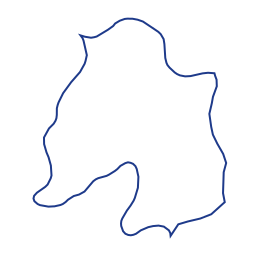 Sinphyong, Hwanghae-bukto, North Korea, rotated 268°
{"feature_id": "82179303B74961933380219", "entity_name": "Sinphyong", "entity_type": "district", "adm_level": 2, "iso_a3": "PRK", "parent_name": "North Korea", "parent_adm1": "Hwanghae-bukto", "projection": "mercator", "projection_center": [126.713, 38.983], "detail": "fine", "context": "isolated", "style": "outline", "palette": "blue", "viewbox_px": 256, "rotation_deg": 268, "n_neighbors": 0, "source": "geoboundaries", "source_scale": "gbopen_adm2", "svg_char_len": 1617}
<svg xmlns="http://www.w3.org/2000/svg" viewBox="0 0 256 256"><g transform="rotate(268 128 128)"><path d="M18.7,166.8L30.0,174.9L32.5,184.6L35.0,197.1L38.9,208.2L49.2,220.5L50.5,222.1L59.6,220.7L80.5,222.1L89.6,224.9L98.8,222.2L109.2,216.7L118.4,212.6L126.2,211.2L139.3,209.8L149.7,212.6L156.2,214.0L166.6,218.2L173.2,218.2L177.1,216.9L179.7,216.3L180.4,209.9L180.0,204.5L177.7,192.3L177.6,186.9L178.8,181.7L180.2,178.9L181.9,176.6L186.8,171.7L189.4,169.7L191.8,168.7L196.7,167.7L210.6,167.3L215.6,166.7L220.6,164.0L223.0,161.7L226.0,157.6L233.9,146.6L235.9,141.4L237.0,136.5L237.3,131.1L237.1,128.5L235.5,123.5L232.9,118.8L230.5,116.8L226.9,111.4L220.5,99.9L219.9,97.3L219.5,94.2L220.7,88.2L222.2,83.8L219.4,85.7L216.9,86.6L202.2,89.4L196.5,87.9L193.7,86.9L185.6,82.0L175.8,72.8L165.1,64.4L156.0,59.5L153.4,58.5L150.2,57.6L143.5,57.3L140.3,56.8L137.8,55.8L134.9,53.9L130.3,49.0L121.4,43.7L114.8,43.6L106.5,45.7L101.5,47.6L93.2,49.6L83.2,49.9L80.4,49.0L74.3,45.7L72.1,43.3L66.5,34.7L63.5,31.8L61.2,31.2L60.8,31.1L58.1,31.9L55.3,34.9L55.2,35.0L54.0,37.3L52.2,45.7L52.3,51.9L53.4,57.8L54.3,60.2L56.2,63.1L58.4,65.5L61.9,71.4L63.2,76.8L66.0,82.3L76.0,91.4L77.8,94.0L78.9,96.5L80.9,104.9L82.0,107.3L85.5,113.4L87.3,115.9L90.4,119.1L93.0,124.1L93.7,126.8L93.1,129.4L92.0,131.8L89.6,134.1L86.7,135.3L78.9,136.7L67.9,135.8L57.9,132.4L55.2,131.1L50.3,127.8L45.5,124.0L37.7,119.1L35.4,118.1L32.8,117.7L30.3,117.8L25.0,119.5L22.4,121.7L21.1,124.5L20.7,127.1L21.1,129.7L22.0,132.3L25.3,137.3L28.2,144.8L29.1,149.6L29.4,155.1L28.2,160.4L24.3,165.3L21.5,166.6L18.7,166.8Z" fill="none" stroke="#1e3a8a" stroke-width="2"/></g></svg>